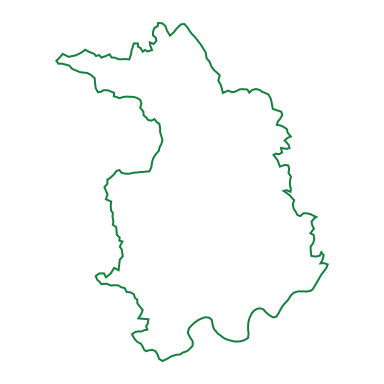 outline of Campestre da Serra, Rio Grande do Sul, Brazil
{"feature_id": "56859067B56487205832332", "entity_name": "Campestre da Serra", "entity_type": "district", "adm_level": 2, "iso_a3": "BRA", "parent_name": "Brazil", "parent_adm1": "Rio Grande do Sul", "projection": "albers", "projection_center": [-51.112, -28.72], "detail": "fine", "context": "isolated", "style": "outline", "palette": "green", "viewbox_px": 384, "rotation_deg": 0, "n_neighbors": 0, "source": "geoboundaries", "source_scale": "gbopen_adm2", "svg_char_len": 4215}
<svg xmlns="http://www.w3.org/2000/svg" viewBox="0 0 384 384"><path d="M145.9,351.2L149.0,350.3L152.5,350.0L155.4,351.1L157.5,354.4L159.1,358.9L162.5,361.0L165.5,359.6L168.1,358.3L170.5,356.7L173.4,355.6L176.7,354.7L180.2,354.5L182.5,352.7L186.8,351.2L189.0,349.6L192.6,345.8L192.7,341.3L190.1,337.4L187.8,332.9L188.9,328.5L191.4,325.6L193.7,323.4L196.3,321.4L198.8,319.8L202.0,318.3L205.4,317.2L209.5,317.8L211.8,320.0L212.3,322.9L212.9,326.1L214.1,329.2L217.9,333.6L223.3,337.7L226.0,339.2L230.2,340.5L235.2,341.6L240.2,341.4L244.4,340.2L248.1,337.9L248.6,333.4L248.1,330.0L248.1,326.3L248.3,322.8L249.2,319.0L250.3,316.2L251.9,313.1L254.2,310.5L257.4,308.7L260.7,308.4L263.4,309.4L265.7,312.1L269.3,315.2L273.2,317.4L276.5,316.6L278.6,313.2L281.9,307.0L284.3,304.0L287.7,300.3L291.0,295.3L293.7,292.8L297.9,291.4L302.7,291.4L306.6,291.5L310.3,291.0L312.8,289.2L316.1,283.6L318.4,279.7L321.5,274.4L323.6,271.7L326.4,268.0L327.7,264.4L323.6,263.1L320.5,263.4L322.3,260.4L323.7,255.4L321.3,252.2L319.8,255.7L315.6,256.6L311.3,255.9L310.7,250.6L310.6,246.5L313.2,243.1L314.3,238.8L313.6,234.9L310.4,233.3L313.9,228.6L312.3,225.4L311.5,221.7L314.0,218.5L316.3,217.0L313.0,215.5L310.4,214.1L307.3,213.4L303.5,213.2L300.3,216.1L297.5,215.1L295.5,211.5L293.7,208.8L292.7,204.2L294.2,200.2L291.9,197.9L289.9,195.4L286.7,193.1L283.7,191.0L286.6,190.2L290.5,191.8L290.9,188.5L289.9,185.2L289.9,181.5L290.9,176.6L288.5,172.9L289.2,169.2L288.3,165.5L284.7,164.9L279.9,166.6L277.7,160.5L275.5,157.4L273.5,155.0L275.8,153.6L278.9,154.3L282.0,152.6L281.0,148.0L283.8,148.4L286.8,148.9L289.5,148.0L288.6,144.8L284.7,140.5L287.2,138.1L290.8,136.5L287.9,133.1L286.7,129.0L283.1,126.6L280.4,125.5L276.8,124.8L277.8,121.6L280.1,118.9L282.3,115.0L281.1,111.6L276.9,110.3L272.8,108.9L272.1,105.3L271.4,101.1L270.3,97.7L268.3,94.3L265.2,93.0L262.1,91.8L259.8,90.0L255.9,89.0L252.1,90.0L249.3,92.7L247.4,89.6L243.8,89.2L240.0,89.3L234.6,91.9L231.9,92.2L228.3,90.6L222.9,92.9L221.9,88.7L220.6,84.6L218.3,80.6L219.7,75.3L216.5,72.2L214.1,70.1L211.6,66.9L209.3,61.3L206.6,58.3L205.7,52.5L201.3,45.3L198.4,41.4L194.8,36.9L191.7,33.7L189.6,30.9L187.3,27.2L184.3,24.0L180.9,24.4L178.9,26.4L176.6,28.6L173.7,32.4L170.0,35.6L167.1,30.9L165.4,26.1L162.5,23.4L158.1,23.0L157.7,26.2L154.5,27.8L153.0,31.7L153.0,35.4L155.7,37.6L156.4,40.8L153.6,44.0L149.9,42.4L150.2,45.4L152.0,50.1L147.4,51.5L145.1,49.9L142.7,51.7L140.7,48.2L138.0,46.6L137.9,43.5L133.8,43.4L132.5,47.7L131.5,50.5L131.0,54.4L129.3,59.4L125.2,59.0L121.8,59.3L118.6,59.2L114.8,57.7L111.5,57.4L109.6,54.3L105.7,56.1L101.3,57.6L99.2,55.1L96.0,56.0L94.0,53.7L91.0,52.7L87.7,51.2L85.2,49.7L82.9,51.6L79.3,53.7L75.3,55.5L71.9,56.1L68.7,56.9L66.0,55.5L62.7,53.9L60.7,56.3L58.4,58.9L56.3,60.8L58.4,63.7L62.1,63.7L65.2,64.5L69.2,65.5L72.2,68.9L76.2,70.5L79.8,72.1L83.2,72.6L87.1,72.9L90.8,74.8L94.7,78.2L95.0,82.7L95.7,88.2L98.0,92.2L100.8,91.8L104.0,90.1L108.3,90.4L111.1,91.6L114.1,92.8L113.8,96.3L116.9,97.1L119.5,98.2L122.5,97.2L125.9,96.6L130.0,96.8L133.4,96.9L136.7,97.8L140.2,99.9L141.4,103.6L140.2,107.7L143.4,111.7L143.6,115.3L146.3,117.6L147.9,119.8L151.2,120.7L154.5,119.1L156.6,122.0L159.3,123.8L160.1,128.0L160.1,132.2L161.2,135.6L162.4,140.0L161.4,144.0L159.6,147.1L158.8,150.8L155.8,154.2L153.5,157.7L152.1,161.7L151.4,167.0L149.5,171.3L136.2,172.5L133.1,172.8L128.7,173.8L124.2,173.5L121.4,172.7L119.4,170.1L116.6,170.8L113.9,174.5L110.8,177.4L107.4,179.7L107.4,183.7L104.4,187.1L107.5,194.5L105.9,199.2L111.2,201.6L110.7,205.7L111.1,210.5L112.9,213.2L112.5,216.2L113.4,221.8L112.8,224.8L116.2,227.1L116.9,235.0L119.7,237.6L119.4,240.7L122.4,241.5L119.8,246.6L121.8,249.7L122.8,256.3L119.8,259.5L118.6,270.2L114.1,267.9L110.8,273.4L106.0,277.3L104.0,273.4L99.3,273.4L95.7,276.0L97.2,279.7L99.4,281.7L101.4,284.2L106.5,283.7L110.7,285.5L114.7,285.2L118.3,285.4L121.2,287.2L124.7,288.1L126.7,292.0L130.6,292.4L133.9,294.3L134.9,297.9L137.2,299.6L137.4,303.4L139.7,306.4L142.7,310.1L141.5,313.3L140.0,315.8L138.4,318.4L144.3,318.9L148.4,319.2L147.9,323.5L146.2,326.1L147.2,329.7L144.4,330.2L141.3,331.5L138.4,331.4L134.9,332.1L132.0,334.2L133.5,337.1L135.0,339.5L137.6,342.1L140.9,343.7L142.7,346.6L143.8,349.3L145.9,351.2Z" fill="none" stroke="#15803d" stroke-width="2"/></svg>